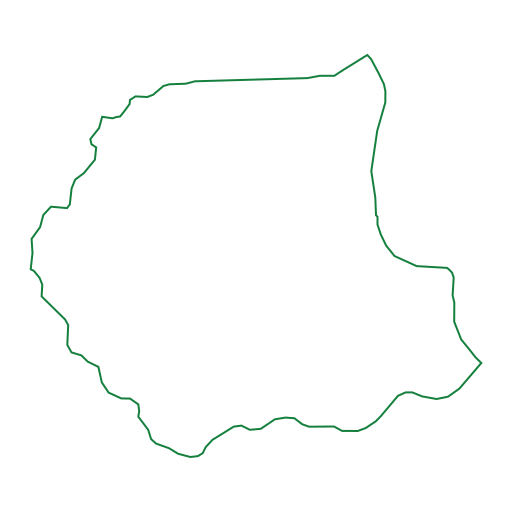 Cabricán, Quezaltenango, Guatemala (Albers equal-area conic projection)
{"feature_id": "79465075B20493832744336", "entity_name": "Cabricán", "entity_type": "district", "adm_level": 2, "iso_a3": "GTM", "parent_name": "Guatemala", "parent_adm1": "Quezaltenango", "projection": "albers", "projection_center": [-91.651, 15.106], "detail": "fine", "context": "isolated", "style": "outline", "palette": "green", "viewbox_px": 512, "rotation_deg": 0, "n_neighbors": 0, "source": "geoboundaries", "source_scale": "gbopen_adm2", "svg_char_len": 1439}
<svg xmlns="http://www.w3.org/2000/svg" viewBox="0 0 512 512"><path d="M481.3,363.0L475.7,357.5L469.0,349.0L461.2,339.5L454.2,321.7L454.3,302.6L452.6,295.3L453.7,277.7L452.1,272.7L449.0,269.5L447.1,267.9L416.6,266.1L394.6,256.1L386.2,245.7L380.8,234.5L377.5,224.6L377.5,216.8L376.0,215.2L375.3,197.6L371.3,171.1L377.2,130.9L385.3,102.5L385.4,91.3L383.9,84.1L378.5,73.0L371.1,59.1L367.3,55.0L343.3,69.9L334.3,75.8L319.8,75.8L307.4,78.1L194.9,81.3L185.8,83.7L169.4,84.3L163.4,86.0L153.2,94.7L147.3,97.0L135.5,96.4L130.0,99.9L129.6,104.0L125.6,109.5L123.9,111.8L120.1,116.5L116.5,117.0L112.5,118.3L102.2,116.8L99.1,128.0L90.3,139.1L91.5,144.3L96.2,147.4L94.9,159.7L83.9,173.1L75.2,179.6L71.6,188.4L69.8,204.5L67.0,208.1L51.0,206.7L43.3,215.0L40.1,227.1L31.6,238.9L32.5,253.2L30.7,269.3L33.9,270.9L39.6,277.9L42.3,284.7L41.6,296.4L65.1,319.5L68.2,325.1L67.3,344.9L71.5,352.4L81.4,355.4L87.7,361.6L98.4,366.9L101.8,382.4L108.6,392.6L121.2,398.4L130.1,398.6L138.3,404.4L139.2,411.0L138.3,416.7L148.2,429.8L151.1,439.1L156.1,443.6L169.0,448.2L178.2,453.8L190.4,457.0L197.9,456.1L202.7,453.2L205.7,447.1L212.5,439.8L233.8,426.6L241.4,425.6L249.9,429.8L260.8,428.8L274.9,419.3L285.4,417.6L294.3,418.2L302.3,424.3L309.1,426.7L334.0,426.5L342.1,430.9L357.7,431.0L365.8,428.0L375.9,421.2L380.6,416.4L398.0,395.8L405.6,392.4L412.3,392.4L422.1,396.4L436.6,399.0L448.0,396.7L459.4,388.6L481.3,363.0Z" fill="none" stroke="#15803d" stroke-width="2"/></svg>